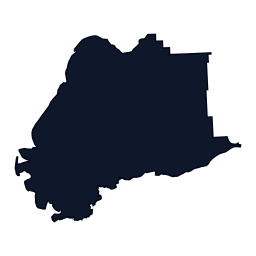 outline of Kusilvak, Alaska, United States of America
{"feature_id": "52423323B57268278189593", "entity_name": "Kusilvak", "entity_type": "district", "adm_level": 2, "iso_a3": "USA", "parent_name": "United States of America", "parent_adm1": "Alaska", "projection": "orthographic", "projection_center": [-164.106, 62.097], "detail": "fine", "context": "isolated", "style": "filled", "palette": "ink", "viewbox_px": 256, "rotation_deg": 0, "n_neighbors": 0, "source": "geoboundaries", "source_scale": "gbopen_adm2", "svg_char_len": 4109}
<svg xmlns="http://www.w3.org/2000/svg" viewBox="0 0 256 256"><path d="M147.8,34.6L145.5,38.0L144.6,38.7L143.3,39.2L142.4,39.3L142.0,39.1L141.6,39.1L139.8,40.0L139.4,40.6L139.2,41.0L139.2,41.5L139.4,43.3L139.3,43.7L139.1,44.1L137.1,46.4L136.4,46.9L133.6,49.4L132.2,51.6L131.7,51.9L128.9,52.6L122.3,53.6L120.5,52.2L118.6,50.0L118.0,49.6L116.5,48.8L115.3,47.7L114.8,46.9L114.5,46.0L112.3,45.1L111.4,45.5L110.2,44.2L108.2,41.8L107.5,40.4L107.4,40.0L107.2,39.8L106.4,39.5L105.2,39.5L101.7,39.1L100.9,38.3L98.7,37.1L96.3,36.1L95.2,36.0L92.6,36.2L90.1,36.8L84.6,38.8L82.5,40.0L79.9,42.7L74.8,49.0L74.6,49.5L74.4,50.4L74.5,50.8L74.6,51.0L75.6,50.6L76.8,51.2L76.6,52.1L73.0,55.0L71.8,56.2L70.0,60.0L69.3,61.0L68.2,64.3L67.4,68.4L66.8,69.4L65.9,72.0L65.8,72.7L65.8,73.8L67.2,81.7L66.0,83.2L63.5,82.9L61.1,85.1L60.7,85.2L59.2,88.5L58.3,89.7L57.5,94.5L53.7,98.6L51.1,101.9L50.1,103.8L49.4,105.7L48.4,107.3L47.1,108.9L42.3,115.4L37.7,121.9L35.7,124.4L34.4,126.9L32.8,129.6L32.2,132.4L32.2,135.3L32.7,138.4L34.1,142.1L34.8,143.9L36.8,146.6L36.4,147.7L34.2,147.7L32.9,148.0L32.7,148.2L32.7,148.7L32.3,149.1L31.9,149.3L27.6,149.2L24.5,148.6L19.6,149.7L19.2,149.9L19.2,150.6L19.3,150.9L22.3,156.6L22.8,157.2L25.0,158.6L27.9,159.9L29.6,160.1L29.6,161.4L29.1,161.5L26.1,162.0L23.6,162.7L21.8,163.3L21.2,163.7L20.3,163.9L17.4,164.3L17.1,164.2L17.1,163.7L17.2,161.5L17.5,158.1L17.6,157.1L17.2,156.9L16.8,157.7L16.5,158.8L15.4,167.7L15.4,168.2L15.5,168.8L15.9,170.7L16.2,171.4L16.4,173.7L17.0,174.4L17.9,175.4L19.2,175.4L19.2,174.7L18.8,173.0L19.3,172.2L20.8,172.1L22.2,171.7L22.7,171.2L22.9,170.9L23.5,170.5L25.5,170.5L27.2,172.3L29.4,172.8L31.4,175.3L31.6,176.0L31.5,177.0L30.8,178.6L29.9,179.1L29.5,179.1L27.8,179.8L25.0,181.4L24.8,182.2L24.8,182.7L25.0,183.9L26.3,188.1L27.0,189.4L28.0,190.4L28.6,190.7L28.9,190.4L29.7,190.2L34.4,191.5L35.5,192.3L35.9,192.9L36.0,193.7L35.7,194.5L35.4,196.1L35.5,197.4L35.8,199.7L35.6,201.7L36.9,206.2L38.2,207.7L41.9,208.5L43.5,208.9L44.7,208.9L45.3,208.5L45.6,206.4L47.1,201.8L47.8,200.8L48.5,200.8L50.2,203.2L51.8,203.4L52.9,203.7L53.1,203.8L53.2,204.5L52.7,205.4L52.8,205.7L53.1,206.3L54.9,209.1L57.2,210.6L59.0,211.3L59.7,209.7L61.3,209.9L61.4,211.6L61.3,213.0L60.9,213.5L59.5,214.3L58.6,214.5L56.2,214.3L55.7,214.2L55.0,214.1L54.3,214.4L52.1,216.7L51.9,216.9L51.9,217.4L52.7,220.1L54.2,221.5L54.4,221.6L59.3,218.3L59.7,219.5L61.7,219.2L63.8,218.1L65.0,217.9L67.2,216.9L68.3,217.5L68.8,217.2L69.8,217.9L69.9,216.8L70.8,217.0L71.9,218.0L71.9,217.4L74.1,217.2L74.2,219.4L74.6,220.1L75.7,219.9L77.5,220.3L80.5,219.0L81.8,219.7L82.9,217.8L84.8,217.4L86.3,217.6L86.9,216.8L88.7,216.7L89.4,215.1L91.9,213.9L92.3,209.7L90.6,210.0L89.8,209.1L90.2,206.9L89.1,206.0L90.1,203.6L91.9,203.5L92.9,204.4L93.2,205.6L94.9,204.3L94.8,202.9L97.2,200.3L97.9,200.4L100.9,198.9L101.2,198.0L100.8,195.9L99.9,195.4L98.6,196.3L98.7,194.9L98.2,193.1L98.7,191.5L97.5,190.0L98.1,187.8L98.1,186.1L100.4,186.6L102.6,186.3L104.6,187.4L106.0,186.5L109.0,187.8L109.7,187.8L111.0,188.9L112.8,188.8L116.0,187.4L116.1,186.6L115.3,185.2L115.7,183.7L118.1,183.0L118.2,182.0L117.4,181.2L118.8,180.0L119.5,178.8L119.4,177.1L120.3,177.1L120.7,178.7L122.1,177.8L124.6,179.3L129.3,179.7L130.6,179.0L132.0,177.7L133.4,177.2L137.3,177.0L139.0,176.7L140.9,176.0L141.5,175.6L145.0,172.0L146.4,172.5L154.4,170.7L155.8,171.7L155.6,174.9L158.5,175.2L159.6,174.8L161.1,173.6L163.5,174.2L165.2,174.1L168.8,175.0L171.6,176.2L173.2,176.5L175.2,176.1L177.4,176.1L183.5,172.9L185.0,171.9L186.3,171.5L188.7,171.5L191.0,170.5L194.2,168.4L198.8,167.3L200.7,166.6L206.3,165.5L207.9,164.1L209.9,161.0L212.5,158.3L215.6,155.9L219.0,153.8L222.4,152.6L225.6,151.7L230.5,148.3L232.6,147.2L234.6,146.5L237.8,146.5L240.2,146.9L240.6,145.5L240.6,144.9L238.3,144.5L238.1,143.2L236.8,144.0L235.5,144.3L232.7,144.1L231.1,143.6L229.9,142.8L228.6,141.0L227.5,138.4L227.1,136.9L212.9,137.6L212.5,129.0L211.9,117.0L207.0,117.2L205.9,93.3L205.7,89.7L207.6,89.6L206.3,62.1L208.2,62.0L207.8,54.1L210.9,53.9L210.8,52.9L189.4,53.9L169.6,54.6L169.4,47.8L162.6,48.0L162.4,41.1L155.5,41.3L155.4,34.4L147.8,34.6Z" fill="#0f172a" stroke="#020617" stroke-width="1.5"/></svg>